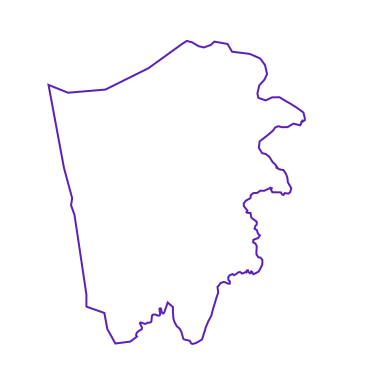 Bertie, North Carolina, United States of America, rotated 260°
{"feature_id": "52423323B7787272397887", "entity_name": "Bertie", "entity_type": "district", "adm_level": 2, "iso_a3": "USA", "parent_name": "United States of America", "parent_adm1": "North Carolina", "projection": "albers", "projection_center": [-77.103, 36.03], "detail": "fine", "context": "isolated", "style": "outline", "palette": "violet", "viewbox_px": 384, "rotation_deg": 260, "n_neighbors": 0, "source": "geoboundaries", "source_scale": "gbopen_adm2", "svg_char_len": 2903}
<svg xmlns="http://www.w3.org/2000/svg" viewBox="0 0 384 384"><g transform="rotate(260 192 192)"><path d="M336.2,240.1L333.5,236.0L332.3,228.8L334.5,223.7L339.3,218.2L341.7,213.1L339.7,208.3L321.5,170.6L307.9,124.5L311.3,87.1L322.4,69.3L238.0,70.1L206.7,72.9L199.9,70.6L189.7,72.3L109.2,70.2L97.6,68.1L97.2,68.5L88.1,84.7L71.9,84.8L56.1,90.2L55.4,105.2L59.2,112.7L60.7,112.1L62.3,112.7L63.3,113.6L64.5,115.6L65.3,118.1L65.7,118.7L66.7,119.2L67.1,119.2L71.6,117.9L72.1,118.1L72.4,118.5L72.3,119.1L71.8,120.1L70.9,121.5L70.4,122.6L70.3,123.3L70.4,124.0L70.9,125.3L71.0,126.0L70.8,127.4L70.8,128.3L71.1,129.0L71.6,129.5L77.3,131.2L77.9,132.0L78.0,133.1L77.8,134.0L77.4,135.0L76.5,136.5L76.1,137.2L76.0,137.9L76.1,138.7L76.9,139.3L78.6,139.5L80.6,139.6L81.5,139.5L82.3,139.6L82.9,140.0L83.0,140.5L82.7,141.1L82.3,141.2L81.4,141.3L80.4,141.2L79.4,141.3L77.9,141.7L77.5,142.0L77.4,142.8L77.8,143.4L78.5,143.9L87.4,148.9L81.9,153.3L78.0,152.5L70.5,151.7L66.6,152.3L62.5,153.7L59.4,156.2L55.9,157.3L49.1,157.9L48.1,158.8L45.9,163.9L43.0,164.9L42.3,166.1L42.3,166.3L42.4,168.1L42.6,169.8L43.3,171.7L44.1,173.9L45.0,176.1L47.0,177.4L47.9,177.8L49.8,178.7L53.4,180.7L56.3,182.0L62.1,185.8L66.9,189.6L72.7,192.2L78.8,195.3L83.8,197.8L88.5,200.4L94.0,200.6L95.5,202.5L97.3,204.1L97.9,207.3L97.2,209.3L95.4,211.7L95.2,213.3L97.3,213.8L99.1,212.6L101.6,212.9L103.3,214.3L103.7,215.6L104.1,217.8L102.8,218.8L103.6,221.5L104.7,223.2L104.9,225.4L103.0,227.1L103.4,229.4L103.9,230.9L103.7,230.7L103.4,231.6L104.0,231.8L105.2,232.3L105.1,233.5L104.0,233.2L101.9,234.9L102.8,235.8L103.6,236.6L102.4,237.6L101.7,237.1L100.3,238.5L100.7,239.6L102.1,243.8L104.9,246.2L108.6,248.7L112.9,249.5L115.4,248.1L116.3,245.9L119.6,244.6L123.4,245.4L127.6,246.4L130.3,245.4L131.8,243.5L134.1,244.0L134.7,246.1L135.1,249.0L137.5,251.3L139.5,249.7L143.2,249.3L144.9,247.2L147.6,248.5L148.6,250.0L151.3,250.6L152.9,249.3L156.2,246.1L158.4,245.9L161.2,246.0L161.8,243.0L162.7,242.1L164.0,243.4L168.9,240.7L171.6,240.8L174.2,243.7L175.8,248.5L178.7,249.3L180.3,252.2L179.8,256.2L181.4,259.4L180.7,263.4L182.0,268.1L182.6,270.1L181.8,271.2L180.7,270.1L177.8,271.1L177.2,274.2L176.2,279.4L174.1,280.2L173.2,281.5L174.8,283.1L173.7,286.7L174.8,288.7L178.5,290.4L185.0,288.1L189.9,288.4L193.8,287.6L197.6,286.0L199.4,281.6L201.2,279.5L201.6,280.2L204.9,278.6L207.6,276.5L213.3,274.3L216.7,271.0L218.1,267.8L223.7,265.5L230.1,267.4L234.5,275.8L238.3,282.3L241.1,285.1L241.8,288.5L240.2,291.8L239.3,297.4L241.7,303.6L239.8,308.1L238.9,310.1L240.6,311.5L242.0,311.8L243.0,313.1L242.2,313.4L243.2,315.6L245.4,315.9L251.0,315.5L257.1,309.6L262.1,304.0L265.2,300.2L270.1,294.7L271.3,287.3L269.4,280.5L273.2,273.7L277.6,273.5L285.4,276.8L289.4,282.1L290.3,283.0L290.8,283.4L295.1,286.4L303.4,286.0L303.8,286.0L304.1,285.9L304.6,285.8L311.6,282.4L318.0,272.8L323.2,255.8L331.6,252.7L336.2,240.1Z" fill="none" stroke="#5b21b6" stroke-width="2"/></g></svg>